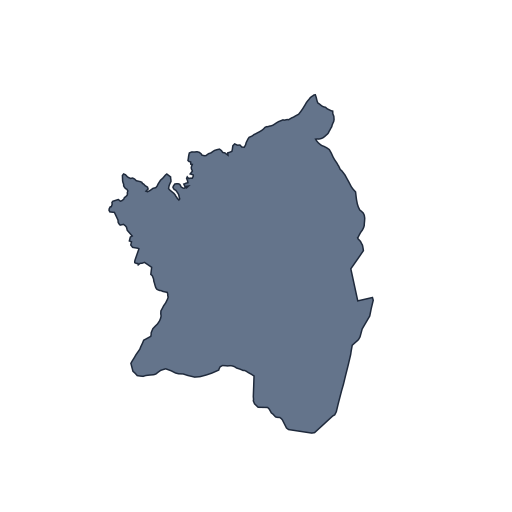 San José Independencia, Oaxaca, Mexico (Natural Earth projection), rotated 215°
{"feature_id": "50627088B65589511194358", "entity_name": "San José Independencia", "entity_type": "district", "adm_level": 2, "iso_a3": "MEX", "parent_name": "Mexico", "parent_adm1": "Oaxaca", "projection": "natural_earth1", "projection_center": [-96.628, 18.255], "detail": "fine", "context": "isolated", "style": "filled", "palette": "slate", "viewbox_px": 512, "rotation_deg": 215, "n_neighbors": 0, "source": "geoboundaries", "source_scale": "gbopen_adm2", "svg_char_len": 5572}
<svg xmlns="http://www.w3.org/2000/svg" viewBox="0 0 512 512"><g transform="rotate(215 256 256)"><path d="M123.5,232.7L126.0,238.1L124.1,246.2L124.4,249.4L127.2,257.2L128.4,272.0L129.6,274.8L131.5,279.1L134.6,287.0L136.8,288.8L146.9,277.6L171.0,299.9L171.0,313.3L171.1,322.0L172.5,323.5L173.2,324.2L173.3,324.3L174.2,325.2L175.1,326.0L176.8,326.8L178.8,327.9L181.2,328.4L182.3,328.6L183.3,329.3L183.1,330.1L183.4,331.6L183.5,332.6L183.7,334.2L183.8,335.8L183.8,337.4L183.7,337.6L183.9,339.5L184.2,341.2L184.8,343.0L185.7,344.4L187.0,346.7L188.6,349.3L190.7,351.5L192.8,352.7L195.4,353.1L197.4,353.2L200.4,354.9L202.9,356.8L206.0,359.8L208.1,362.1L211.2,365.6L214.8,366.4L217.7,367.4L222.3,369.8L225.8,371.5L229.6,373.4L234.6,375.0L236.6,375.2L240.1,377.2L240.6,377.3L243.0,378.5L243.3,378.6L247.0,380.0L249.7,381.3L253.4,383.5L257.0,385.2L260.0,385.2L263.1,384.8L265.4,384.2L267.2,384.2L268.6,384.3L270.3,384.5L272.4,385.1L274.2,385.9L273.0,387.0L271.8,387.7L270.9,388.5L269.7,390.0L268.9,391.4L268.3,393.2L267.9,395.0L267.4,397.0L267.3,398.5L267.6,399.8L267.7,401.3L268.0,403.6L268.1,405.3L268.7,406.8L269.1,408.4L269.5,410.7L270.3,412.5L272.4,415.1L274.6,416.5L276.3,418.7L277.7,418.1L280.3,417.7L282.2,417.4L284.3,417.7L285.5,417.2L287.3,416.7L289.1,416.7L291.4,416.9L293.0,416.8L294.2,417.5L295.6,418.6L297.6,420.4L298.7,421.2L299.9,422.1L300.9,421.1L301.3,419.8L302.0,418.2L302.4,416.6L302.4,414.7L302.6,413.2L302.7,411.7L302.7,410.3L302.5,408.4L302.4,406.7L302.3,405.0L302.2,403.5L302.2,401.9L302.2,399.8L302.3,398.2L302.4,396.5L303.1,395.2L303.8,393.8L304.5,392.3L304.9,391.3L306.0,389.6L307.5,386.3L308.7,385.7L310.8,383.4L312.0,383.0L312.5,382.2L313.2,381.1L314.0,379.9L314.6,379.0L315.2,377.7L315.8,376.3L316.4,374.7L317.2,372.8L317.9,371.8L318.8,370.7L319.2,370.4L320.6,368.6L321.6,367.9L322.4,366.5L322.7,364.3L323.3,362.3L324.1,360.4L324.8,359.0L325.3,358.1L325.9,356.9L326.4,355.8L327.3,354.4L327.6,353.2L328.2,351.7L329.7,349.3L329.7,347.4L329.1,343.3L328.3,341.1L328.0,338.3L330.1,337.1L332.8,337.7L334.8,336.1L337.8,335.6L338.2,333.0L336.5,329.7L335.8,327.9L336.8,326.2L338.3,324.3L336.8,322.5L340.7,322.6L342.7,321.7L344.7,322.5L347.2,322.6L348.8,320.9L350.5,318.7L351.3,316.8L352.1,314.5L353.5,312.7L354.1,311.1L354.5,309.6L355.7,308.6L358.1,307.6L359.4,308.2L361.9,308.4L364.1,307.6L365.9,306.0L368.4,304.3L369.7,302.2L369.2,300.8L368.3,298.8L367.5,297.3L366.5,295.2L365.0,295.0L363.5,295.6L362.1,293.8L360.7,294.5L360.4,293.0L359.7,291.2L358.8,290.3L356.8,289.1L357.0,285.5L354.1,286.4L353.2,285.6L352.8,283.1L354.7,281.9L355.5,280.8L357.7,281.4L357.4,279.8L355.3,278.4L353.8,277.0L355.1,275.5L355.5,274.8L355.6,274.5L356.4,273.5L354.0,272.1L351.4,274.6L352.0,271.8L353.3,271.4L353.7,270.2L354.7,269.8L356.9,269.6L358.1,270.3L359.4,270.9L360.6,270.8L362.2,269.9L363.8,268.4L363.8,266.0L363.5,264.7L362.5,264.1L361.2,263.6L359.3,263.8L356.8,262.9L355.5,262.4L354.4,261.8L352.2,259.8L351.2,259.0L351.3,257.6L353.6,258.1L354.6,258.6L355.9,258.9L357.1,259.6L359.2,260.2L362.0,260.4L364.7,260.6L366.3,261.1L367.5,263.7L368.0,265.8L368.4,268.3L369.6,269.8L370.6,270.8L371.3,271.8L376.1,272.0L376.6,270.3L376.8,268.3L377.0,266.3L377.7,263.3L377.5,258.8L377.1,256.6L377.3,254.5L379.2,252.3L380.3,249.0L381.7,246.4L383.3,246.0L382.8,249.0L384.4,250.2L387.2,250.0L389.4,250.5L390.6,250.2L391.7,250.9L393.3,250.6L397.3,249.0L399.6,249.4L401.8,249.1L403.2,247.6L405.2,247.2L406.8,247.1L409.5,247.7L411.5,247.3L411.6,245.3L408.4,241.1L407.5,240.2L405.5,238.8L404.6,237.5L403.0,236.8L401.6,236.4L400.1,236.6L398.3,235.8L397.6,233.7L396.9,233.3L396.4,231.7L396.8,229.7L397.3,228.4L396.9,226.7L397.6,224.4L398.5,223.1L401.2,223.3L404.7,218.7L404.7,217.2L403.5,215.9L402.8,213.4L403.6,212.7L403.4,210.7L402.7,209.2L401.0,208.3L397.0,210.5L389.7,206.3L388.1,204.4L386.5,203.7L385.0,203.4L382.7,205.9L380.3,205.8L378.6,205.3L376.2,203.2L368.9,201.4L369.8,199.4L368.4,195.7L366.1,196.2L364.9,193.2L362.0,192.3L357.2,194.6L356.0,194.7L352.9,183.7L352.3,182.1L351.5,181.0L349.8,181.3L348.5,182.1L347.4,181.2L346.7,183.5L345.2,184.7L343.7,186.8L335.0,186.9L331.6,180.6L329.7,180.4L326.7,178.4L325.3,176.8L323.6,175.5L322.2,174.3L320.0,172.6L318.2,171.9L316.7,172.1L315.1,172.5L313.9,173.2L312.1,173.5L308.5,175.0L307.8,175.3L306.2,173.9L305.4,172.7L304.4,172.1L303.7,169.7L303.5,168.3L303.1,165.8L303.1,162.2L302.7,159.4L302.4,156.5L300.9,154.1L299.3,152.4L298.4,150.2L297.8,147.6L297.7,143.8L298.3,140.7L298.8,137.4L298.2,134.5L297.8,132.9L296.8,131.5L296.1,129.8L299.7,122.6L299.0,119.6L298.3,115.4L297.7,113.0L297.7,110.1L297.7,106.3L297.4,103.2L297.2,99.2L296.9,96.3L290.7,91.0L287.6,90.6L284.7,89.9L281.9,91.3L279.4,92.7L277.9,94.7L276.4,96.1L274.8,97.5L273.0,99.0L271.6,100.2L270.3,102.0L269.5,104.8L268.5,107.6L267.1,109.5L265.3,111.8L259.7,113.3L254.8,114.0L251.9,115.1L248.0,117.6L243.4,119.0L239.4,120.6L236.8,121.6L232.6,125.1L228.5,130.0L225.1,134.6L223.2,137.7L221.1,141.2L221.3,141.6L221.7,143.5L221.8,144.7L220.7,147.0L219.6,147.7L217.8,148.8L216.3,149.6L214.2,151.4L212.6,152.3L210.2,153.0L207.6,153.1L204.4,154.1L202.2,154.6L201.0,154.8L199.7,155.7L197.9,156.0L195.3,156.1L191.7,156.5L190.6,156.5L188.8,156.6L183.0,147.7L177.5,139.2L175.8,137.2L175.1,135.8L173.2,134.6L172.5,134.1L167.5,133.3L159.6,138.6L157.4,138.2L155.1,137.1L153.5,136.3L151.4,136.2L147.7,135.4L146.1,136.0L143.8,137.4L142.3,137.3L140.6,137.0L132.4,132.6L129.8,132.5L110.4,142.1L108.8,142.9L106.7,144.9L101.4,169.0L100.4,171.0L100.9,174.5L103.9,182.1L108.6,194.7L110.8,201.1L114.1,209.5L117.9,219.5L121.9,229.5L123.5,232.7Z" fill="#64748b" stroke="#1e293b" stroke-width="1.5"/></g></svg>